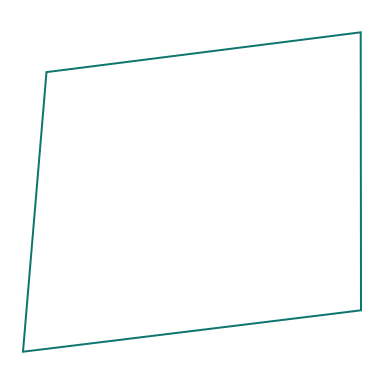 the state/province of City of Hamilton
{"feature_id": "BMU-5134", "entity_name": "City of Hamilton", "entity_type": "state/province", "adm_level": 1, "iso_a3": "BMU", "parent_name": "Bermuda", "parent_adm1": "", "projection": "natural_earth1", "projection_center": [-64.788, 32.293], "detail": "fine", "context": "isolated", "style": "outline", "palette": "teal", "viewbox_px": 384, "rotation_deg": 0, "n_neighbors": 0, "source": "natural_earth", "source_scale": "10m", "svg_char_len": 183}
<svg xmlns="http://www.w3.org/2000/svg" viewBox="0 0 384 384"><path d="M361.0,310.3L23.0,351.7L46.5,72.1L360.7,32.3L361.0,310.3Z" fill="none" stroke="#0f766e" stroke-width="2"/></svg>